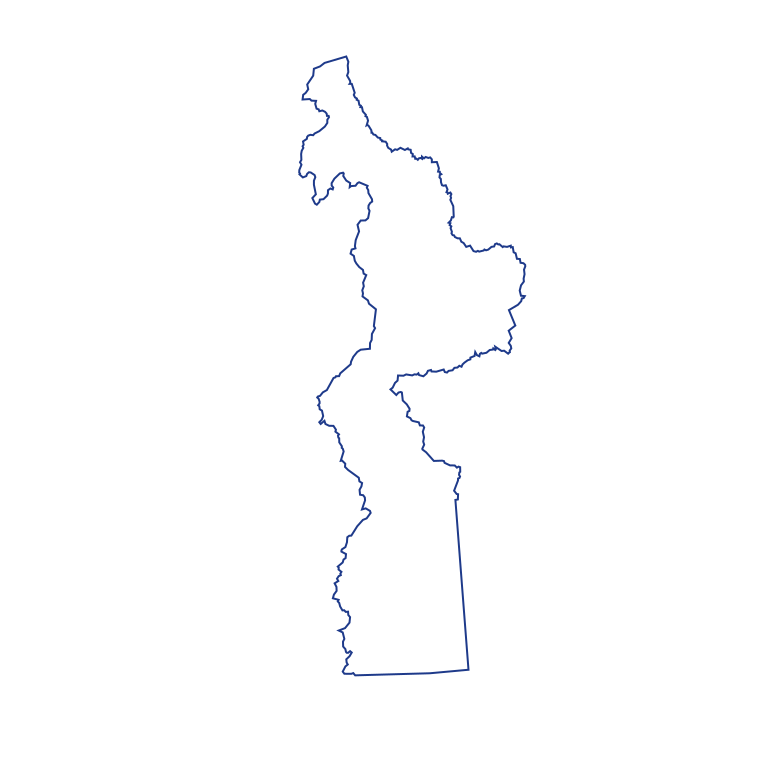 Chitipa, Chitipa, Malawi (Natural Earth projection), rotated 26°
{"feature_id": "42251766B85605316960959", "entity_name": "Chitipa", "entity_type": "district", "adm_level": 2, "iso_a3": "MWI", "parent_name": "Malawi", "parent_adm1": "Chitipa", "projection": "natural_earth1", "projection_center": [33.265, -9.968], "detail": "fine", "context": "isolated", "style": "outline", "palette": "blue", "viewbox_px": 768, "rotation_deg": 26, "n_neighbors": 0, "source": "geoboundaries", "source_scale": "gbopen_adm2", "svg_char_len": 6165}
<svg xmlns="http://www.w3.org/2000/svg" viewBox="0 0 768 768"><g transform="rotate(26 384 384)"><path d="M458.6,215.0L456.4,214.3L453.6,215.2L451.3,212.1L448.6,213.2L445.0,208.8L442.8,208.8L439.7,204.5L438.2,205.6L437.3,204.1L434.5,206.8L431.1,207.9L430.7,208.9L426.5,207.8L425.5,208.5L423.8,208.2L422.5,209.6L422.7,212.1L420.5,213.6L418.8,217.5L417.1,219.1L415.3,219.1L415.1,220.3L411.5,223.3L410.0,223.2L408.8,224.8L406.2,225.3L400.7,221.9L397.8,224.7L393.8,222.4L391.1,222.2L388.3,219.8L386.3,220.8L383.3,220.8L381.9,219.7L380.4,220.1L378.6,219.0L378.3,217.4L375.5,214.7L375.4,212.8L373.3,212.4L373.2,210.4L371.4,210.7L372.4,207.7L371.9,204.3L373.3,203.8L373.3,203.0L368.3,193.8L362.9,189.4L362.7,187.3L361.4,186.0L361.3,183.8L359.7,182.8L357.9,185.0L357.1,184.0L356.1,184.2L355.8,181.3L352.4,178.3L350.6,179.7L349.0,179.9L346.8,177.7L345.2,174.8L343.3,174.0L342.5,171.7L343.5,170.3L341.6,169.8L341.1,168.8L339.5,169.4L338.8,166.1L334.2,161.3L329.8,163.7L328.5,161.1L326.2,160.1L324.7,161.4L321.9,161.7L321.0,163.7L318.5,163.0L319.4,164.9L317.8,164.8L316.5,165.8L316.1,167.7L314.2,167.2L313.4,167.9L311.8,166.0L309.9,167.0L309.1,164.7L307.0,164.4L305.3,161.8L302.9,162.5L302.1,161.8L300.2,164.5L295.2,164.5L293.2,167.8L291.1,168.2L289.1,171.8L287.6,170.2L284.3,169.9L282.2,168.3L281.7,166.9L279.3,165.5L275.9,166.7L275.7,165.9L273.6,165.9L272.8,164.6L270.4,165.2L267.1,163.9L265.1,164.4L263.2,163.2L262.6,163.6L261.4,161.5L257.0,158.7L255.5,158.4L255.0,159.1L254.2,154.3L251.5,151.4L249.9,151.4L249.7,150.0L245.5,148.3L242.9,144.9L241.4,145.5L241.2,144.0L239.4,143.9L236.9,140.5L234.8,140.5L234.5,139.3L232.3,139.1L230.1,137.4L230.0,135.1L223.5,128.4L221.5,129.3L221.7,128.1L220.6,126.4L215.6,123.0L215.2,119.3L211.7,113.5L210.7,110.0L206.5,106.2L189.8,121.5L187.3,126.6L182.8,131.4L185.2,137.9L183.7,148.5L186.7,152.3L186.0,156.7L184.6,159.5L186.1,164.0L192.4,160.4L194.6,161.1L198.8,159.3L199.4,162.4L202.7,166.1L204.9,165.8L206.3,167.2L208.7,165.2L211.7,165.2L213.9,166.1L215.2,168.0L216.7,167.3L217.6,168.3L217.2,171.3L218.6,174.2L218.0,178.5L215.0,185.1L211.8,189.3L211.3,191.4L208.6,192.3L207.0,194.0L206.6,195.6L207.2,197.5L204.9,201.5L206.9,204.2L206.6,206.0L208.0,207.1L207.8,210.4L208.7,213.6L211.5,218.8L211.3,221.5L213.7,223.1L214.1,228.8L215.1,231.1L216.2,231.6L216.1,232.6L220.5,233.9L223.0,231.2L222.8,228.8L223.7,226.6L225.4,226.0L230.0,226.6L231.6,228.2L231.9,232.0L233.7,235.7L239.6,243.4L238.1,248.3L242.9,252.1L245.0,252.3L246.1,248.7L245.5,246.4L248.6,244.4L250.3,239.6L250.1,237.4L248.7,234.4L250.1,231.8L252.6,231.6L252.3,229.7L250.0,228.6L248.9,226.5L249.4,221.2L252.0,214.1L254.6,212.0L255.5,212.4L256.2,214.9L260.9,217.7L265.5,218.2L266.9,222.1L267.7,220.5L271.5,218.3L272.1,215.1L273.2,213.6L282.4,213.1L282.5,215.1L284.8,216.6L286.3,219.2L292.2,223.2L293.4,225.2L292.2,227.4L291.9,230.4L293.0,233.1L295.1,234.7L297.0,241.9L295.6,245.1L291.4,247.3L290.4,252.5L294.7,257.8L295.5,267.1L297.4,272.8L298.9,274.6L296.0,277.3L296.8,281.5L300.8,282.1L303.7,286.0L306.3,287.8L310.6,289.8L315.1,290.7L317.3,293.7L320.3,293.9L320.8,302.1L323.0,305.0L323.4,309.3L325.4,311.8L326.3,314.7L332.9,315.9L335.3,318.4L344.0,320.4L349.5,336.4L351.5,337.7L351.2,344.3L353.6,349.8L353.5,353.3L355.9,358.5L348.0,363.4L345.9,366.9L344.5,373.0L344.6,378.4L345.4,380.9L340.0,393.6L340.2,396.6L337.4,398.1L337.4,399.3L336.0,400.7L335.3,414.5L332.7,418.3L331.7,422.7L330.0,424.3L329.9,425.4L331.7,425.9L333.9,428.2L334.6,429.7L334.2,432.0L335.6,432.3L337.3,434.9L339.9,435.1L343.4,439.5L343.7,443.4L342.6,446.7L344.6,447.7L346.6,443.2L348.9,445.6L353.0,445.6L356.9,443.8L360.8,446.1L361.2,448.1L365.6,449.0L365.3,450.6L366.5,452.2L367.5,452.4L369.4,456.1L373.4,458.4L374.0,459.9L375.3,460.2L377.3,462.3L378.8,472.0L379.9,471.2L384.1,472.6L385.3,475.6L389.4,477.0L402.4,479.3L404.6,482.3L407.7,482.6L408.6,485.9L408.4,489.8L411.0,494.0L414.1,493.1L416.5,494.4L418.0,496.9L419.2,506.4L422.1,503.8L427.0,504.2L428.5,505.7L427.3,512.4L424.6,515.4L422.3,523.6L421.1,534.6L419.3,535.6L418.2,537.8L420.1,542.5L420.8,547.5L418.7,551.0L418.7,552.2L419.2,553.3L424.4,553.5L425.8,557.3L424.6,559.5L425.1,562.5L422.5,568.4L423.8,568.9L424.5,570.7L428.1,571.5L427.9,573.6L429.0,574.7L427.5,576.6L427.1,579.6L429.3,581.1L427.0,584.8L430.2,587.2L432.1,590.7L431.3,595.2L432.0,599.0L437.8,597.9L437.8,599.7L439.7,600.4L442.1,603.2L445.9,605.7L447.4,604.8L449.5,605.6L451.5,604.4L453.2,607.3L455.7,608.4L457.6,613.6L456.0,620.5L451.4,625.4L455.8,625.4L460.1,630.5L460.1,633.6L462.4,637.9L465.5,639.2L467.2,641.4L468.3,641.9L469.6,641.3L470.6,639.0L472.7,639.5L472.4,643.7L470.8,648.0L472.5,650.7L474.4,652.0L473.1,654.8L473.0,660.6L475.4,661.8L481.7,658.8L483.1,657.3L485.8,658.5L552.0,623.9L585.2,603.8L499.0,456.9L501.0,455.4L498.9,450.6L497.5,451.0L493.8,449.2L492.8,438.2L492.0,436.5L493.0,435.4L492.9,433.8L491.3,432.8L490.5,430.5L491.0,429.5L488.9,425.4L487.2,425.6L486.2,427.2L483.3,426.2L479.0,428.2L473.0,428.3L471.7,427.0L469.9,427.4L462.5,431.3L451.8,426.9L447.3,426.0L446.8,425.4L446.7,420.9L444.5,418.6L443.3,414.3L439.8,409.9L439.2,405.5L437.2,404.2L434.4,405.5L432.1,403.2L426.1,404.6L424.6,404.5L422.7,403.1L418.8,403.1L417.4,398.6L418.6,397.1L417.9,395.1L413.4,392.3L408.1,390.6L403.8,383.8L402.6,383.8L400.8,385.3L399.9,388.5L392.2,386.0L393.4,383.5L393.4,378.2L394.7,375.0L392.9,370.2L397.9,368.0L399.7,365.7L405.6,363.9L407.1,362.0L409.3,361.2L410.2,359.3L411.6,360.6L416.0,359.8L417.7,355.9L417.7,352.9L420.1,350.8L421.2,351.9L425.6,350.0L431.3,344.8L433.4,346.6L435.6,346.1L436.3,343.9L439.6,341.6L440.2,338.6L442.8,337.0L443.7,334.6L446.1,334.5L446.0,332.0L446.9,329.6L448.8,326.0L450.8,324.0L450.1,322.4L453.1,319.1L452.0,315.3L454.9,317.3L457.6,317.3L457.0,314.8L457.8,313.4L458.9,313.7L462.4,311.0L464.1,307.1L466.8,305.3L466.6,304.1L469.1,304.7L469.3,303.9L467.6,301.7L475.2,302.8L477.4,301.4L483.1,302.5L482.1,301.9L483.2,300.2L482.3,298.9L482.8,296.2L481.2,294.1L478.1,292.4L478.6,286.8L472.7,281.4L476.4,273.9L463.9,262.8L469.7,254.0L471.0,249.4L470.4,246.7L471.8,245.6L472.0,243.3L468.4,244.6L465.0,240.5L463.9,235.2L464.8,230.6L463.3,228.1L462.2,223.7L459.7,219.8L459.4,216.3L458.6,215.0Z" fill="none" stroke="#1e3a8a" stroke-width="2"/></g></svg>